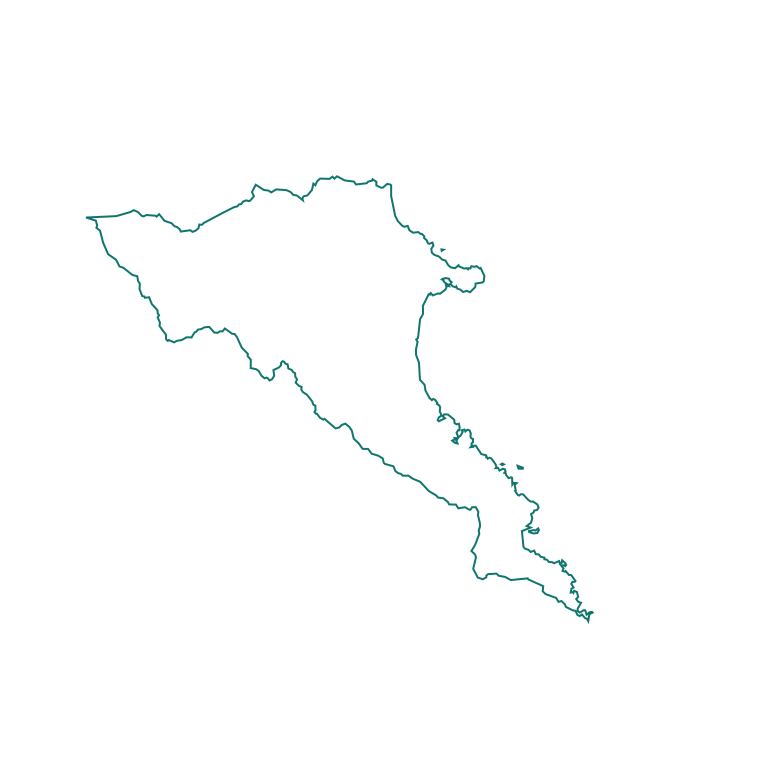 outline of Buol, Sulawesi Tengah, Indonesia, rotated 53°
{"feature_id": "22746128B60636029206407", "entity_name": "Buol", "entity_type": "district", "adm_level": 2, "iso_a3": "IDN", "parent_name": "Indonesia", "parent_adm1": "Sulawesi Tengah", "projection": "orthographic", "projection_center": [121.506, 0.994], "detail": "fine", "context": "isolated", "style": "outline", "palette": "teal", "viewbox_px": 768, "rotation_deg": 53, "n_neighbors": 0, "source": "geoboundaries", "source_scale": "gbopen_adm2", "svg_char_len": 6160}
<svg xmlns="http://www.w3.org/2000/svg" viewBox="0 0 768 768"><g transform="rotate(53 384 384)"><path d="M696.3,363.6L692.0,359.1L691.5,357.7L692.2,355.0L691.3,355.0L690.0,357.0L690.2,361.0L685.8,359.5L684.9,360.4L684.4,365.2L681.6,366.0L679.9,364.3L677.3,358.3L674.8,360.0L671.4,359.9L670.9,357.1L666.2,355.1L663.6,356.6L664.7,358.3L664.0,358.2L662.9,360.4L660.3,357.5L660.6,355.1L656.3,354.7L655.4,352.6L656.8,350.7L656.5,349.6L649.1,349.5L647.8,351.2L642.6,351.5L642.7,352.5L640.7,353.9L639.3,351.6L635.5,351.7L637.2,349.2L638.5,348.9L638.1,347.4L636.3,347.0L632.0,347.8L633.8,349.8L633.5,351.7L630.8,350.7L629.5,356.1L627.6,356.8L625.4,359.4L622.2,359.7L620.5,361.4L619.2,360.4L616.3,362.9L613.3,362.9L611.2,365.2L607.5,364.3L606.3,368.0L603.4,368.4L600.1,370.6L597.8,370.5L584.5,362.4L586.9,353.3L583.3,355.5L583.3,350.1L580.4,346.3L576.4,344.9L576.6,341.8L575.5,340.2L576.7,337.6L575.9,335.0L572.5,334.0L567.6,335.7L566.3,337.5L563.8,338.5L555.9,339.3L554.4,341.0L554.3,343.4L552.7,344.0L548.1,343.6L548.1,342.7L543.2,340.4L543.0,337.8L540.8,340.1L541.5,342.0L536.1,338.2L535.1,338.5L534.2,341.1L530.4,341.3L528.6,340.5L527.4,341.4L526.9,339.5L524.8,338.8L523.3,340.0L522.6,343.9L519.7,343.4L518.4,345.4L518.0,344.1L515.1,343.2L507.8,343.1L506.4,344.0L506.1,346.1L504.7,345.8L504.2,346.5L502.5,345.3L498.5,348.5L488.5,347.8L487.1,349.8L487.9,350.5L486.6,352.8L486.3,351.4L484.1,349.7L484.0,348.0L481.6,346.0L479.8,347.0L478.0,346.6L475.7,344.4L472.6,343.6L470.7,345.0L470.9,347.6L468.8,347.1L467.7,349.9L469.5,349.9L471.4,353.8L471.3,356.4L472.9,360.5L475.7,361.1L473.8,362.7L470.3,363.6L470.9,360.2L469.7,360.1L471.6,357.9L470.3,356.4L466.6,355.4L465.5,352.7L466.2,351.9L464.4,349.8L460.8,348.1L460.1,350.1L457.8,351.2L454.7,349.4L446.9,351.3L444.5,354.1L445.1,356.6L448.1,355.9L446.8,362.6L445.3,362.9L443.7,360.5L443.7,356.9L439.5,356.0L436.5,353.2L434.5,352.7L431.8,353.7L431.5,352.9L427.4,352.7L425.5,353.7L425.7,355.5L422.5,356.1L414.1,354.8L409.2,352.1L402.2,352.7L388.0,343.2L380.1,340.9L375.7,337.7L370.4,331.7L367.9,331.5L367.7,329.1L354.0,316.2L351.5,310.6L345.0,305.9L339.2,294.3L339.4,293.1L340.2,293.2L339.7,291.9L342.6,291.7L344.2,286.4L345.6,285.0L345.6,278.4L344.4,275.9L342.4,275.0L345.1,273.1L343.7,272.6L341.3,273.9L338.1,274.6L336.8,274.0L335.3,274.9L335.2,274.1L336.7,270.8L339.1,268.7L340.8,269.3L343.3,268.7L344.0,270.9L347.6,270.2L350.0,268.5L349.6,267.6L352.0,268.0L354.7,266.2L358.2,265.4L359.3,261.9L362.5,260.1L361.5,252.8L358.9,250.4L362.2,244.2L362.0,242.5L358.1,238.8L349.5,237.0L349.4,238.1L345.5,239.2L344.9,241.2L342.5,243.4L343.7,245.5L342.5,246.7L343.0,247.9L341.2,248.2L340.1,250.5L335.1,253.3L334.0,253.0L334.3,257.5L331.2,260.4L327.8,261.2L322.3,260.6L319.8,262.6L315.2,263.4L311.2,266.1L307.9,266.7L304.5,264.9L303.2,261.2L300.2,260.2L299.3,263.5L298.0,264.2L295.0,263.4L291.5,264.1L290.4,263.0L286.9,263.4L285.9,264.6L283.3,265.2L280.7,269.7L276.6,271.2L272.0,269.9L270.6,273.3L268.6,274.2L262.2,274.9L256.5,273.9L238.2,265.2L229.6,258.7L228.4,259.0L226.1,261.1L226.5,266.5L225.5,268.2L220.8,270.6L217.9,268.4L213.6,269.9L214.4,271.1L212.9,274.7L213.2,277.1L207.8,286.3L204.2,286.2L197.7,292.9L189.9,296.5L190.1,300.0L187.4,300.4L187.4,304.1L181.5,311.4L181.9,315.5L183.9,319.2L181.5,319.8L185.7,324.8L187.3,331.7L185.7,335.4L186.7,337.5L188.4,338.2L181.1,340.1L178.3,342.7L174.6,343.0L170.4,345.3L163.7,353.0L163.1,358.8L160.2,359.7L156.7,363.2L147.7,366.5L151.2,373.9L155.8,374.9L157.0,380.5L156.7,381.8L154.4,383.6L153.5,386.8L154.4,389.7L153.3,391.7L153.9,394.1L152.5,397.5L150.3,409.8L146.9,431.2L147.3,433.6L145.5,435.5L147.9,438.4L148.2,442.0L147.3,445.3L144.6,446.2L140.0,454.5L137.3,454.0L134.1,454.8L131.9,456.4L127.7,456.9L121.6,461.1L113.0,461.4L113.5,464.8L112.2,465.1L106.1,472.0L105.4,475.1L104.1,476.2L98.4,477.1L94.6,479.2L94.1,482.8L88.8,496.8L71.7,521.8L80.2,515.8L84.7,517.7L86.2,519.7L90.6,518.5L102.2,523.3L114.3,526.2L123.5,523.2L130.9,524.5L134.3,522.2L145.6,519.3L149.4,516.2L153.7,518.4L156.9,518.6L161.1,522.1L168.3,524.2L169.9,522.7L171.2,523.1L173.4,519.4L180.4,521.3L188.7,520.5L191.6,522.3L193.7,522.2L194.5,524.6L200.1,526.0L202.7,528.4L213.7,528.5L216.7,530.9L218.7,531.0L219.5,530.7L219.4,529.4L224.4,526.6L225.0,523.1L227.1,519.3L227.9,513.5L231.0,509.7L228.8,504.2L229.3,502.6L228.6,499.9L230.2,496.8L230.6,493.5L233.2,489.2L240.7,488.6L243.1,486.0L243.2,483.3L244.8,481.2L243.9,477.7L252.4,475.1L254.2,473.2L258.0,473.2L269.2,475.7L278.0,474.6L279.6,476.1L284.5,475.8L291.1,480.9L295.1,477.3L298.0,476.2L303.6,476.9L307.6,475.9L308.0,474.2L309.5,473.3L312.3,473.3L312.8,470.6L311.4,466.8L306.3,463.9L307.6,457.8L307.0,454.9L305.2,453.5L304.7,451.4L306.1,450.3L308.3,450.6L310.2,449.1L314.0,451.0L317.4,449.2L319.4,449.5L321.9,448.5L324.7,450.4L328.0,450.7L329.8,453.7L334.4,453.0L336.8,451.6L338.5,453.3L341.3,453.7L346.3,452.0L354.7,451.8L357.9,452.9L360.0,451.8L363.9,454.6L364.5,456.4L366.5,456.4L367.3,455.4L372.4,455.5L375.9,453.9L376.0,452.5L390.3,449.4L391.8,446.0L391.3,442.3L392.4,438.7L397.4,437.5L401.7,437.7L409.5,441.1L415.9,439.9L422.9,440.1L426.3,435.8L432.3,435.8L437.8,431.7L442.7,429.8L446.7,431.6L448.3,431.4L455.4,426.0L460.4,427.3L463.7,426.4L465.9,424.6L468.4,424.3L471.9,419.6L476.6,418.2L484.0,413.9L496.2,412.7L504.6,409.3L507.2,409.2L511.1,405.3L516.8,404.0L519.4,404.4L523.6,399.1L528.0,399.5L531.1,393.5L536.0,391.3L536.4,390.3L535.4,387.9L537.6,384.8L542.9,385.6L545.1,387.8L552.7,391.1L555.5,393.0L558.2,396.7L561.0,398.0L567.4,408.2L570.0,414.7L574.8,413.9L577.6,414.7L585.3,424.0L595.0,425.6L599.3,422.7L600.0,418.7L598.6,417.5L598.5,415.3L603.1,408.3L606.3,407.7L610.8,403.5L616.9,400.7L625.7,386.2L626.9,386.4L641.2,378.5L645.1,382.0L649.0,381.4L658.4,375.3L663.0,375.7L664.1,372.9L669.1,372.1L671.4,372.9L678.3,369.5L680.3,367.6L684.8,368.5L687.1,367.4L687.2,364.6L692.1,364.3L693.5,363.2L696.3,363.6ZM589.6,357.2L593.3,354.6L595.3,351.2L593.8,348.1L592.1,347.8L592.3,351.1L591.0,352.0L588.7,356.6L589.6,357.2ZM532.6,327.5L535.2,324.2L534.4,323.5L529.7,326.5L532.6,327.5ZM520.0,338.4L520.3,336.6L518.7,337.3L518.5,338.9L520.0,338.4ZM312.4,257.8L312.6,255.6L311.1,257.1L312.4,257.8Z" fill="none" stroke="#0f766e" stroke-width="2"/></g></svg>